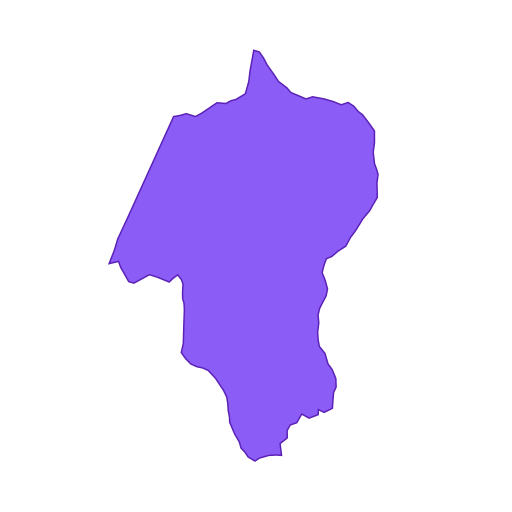 Guaraci, Paraná, Brazil (Albers equal-area conic projection), rotated 295°
{"feature_id": "56859067B97135919226715", "entity_name": "Guaraci", "entity_type": "district", "adm_level": 2, "iso_a3": "BRA", "parent_name": "Brazil", "parent_adm1": "Paraná", "projection": "albers", "projection_center": [-51.689, -22.96], "detail": "fine", "context": "isolated", "style": "filled", "palette": "violet", "viewbox_px": 512, "rotation_deg": 295, "n_neighbors": 0, "source": "geoboundaries", "source_scale": "gbopen_adm2", "svg_char_len": 1682}
<svg xmlns="http://www.w3.org/2000/svg" viewBox="0 0 512 512"><g transform="rotate(295 256 256)"><path d="M187.0,126.1L193.0,133.7L188.3,138.4L182.8,146.2L179.0,151.5L179.8,156.8L194.0,167.3L195.1,175.3L195.7,188.3L200.5,190.2L205.8,193.0L203.2,198.2L199.7,201.7L191.1,205.2L186.5,207.5L182.5,210.9L176.8,213.9L163.1,219.7L146.0,227.1L136.9,229.1L133.1,235.8L130.6,242.5L130.7,249.2L132.0,255.0L132.1,261.0L128.0,271.1L123.7,278.1L120.5,283.4L115.6,289.3L110.0,293.0L104.1,296.2L98.7,300.1L94.2,302.4L85.6,312.0L80.4,319.5L75.6,323.6L73.5,328.9L70.5,333.9L69.7,341.7L74.2,344.4L80.7,351.9L84.2,358.4L86.1,363.4L96.1,357.1L104.4,361.2L110.9,358.0L117.3,358.4L122.1,363.4L132.1,364.2L131.5,372.6L138.5,379.4L143.1,377.4L143.1,383.9L150.3,389.6L156.5,387.2L165.1,384.0L171.0,384.0L178.6,380.2L185.2,373.1L188.7,366.8L196.8,359.7L200.8,351.6L206.7,347.5L213.2,344.0L221.8,341.2L229.0,337.1L235.7,335.8L243.4,336.1L249.6,336.4L256.4,334.7L263.3,328.9L268.8,323.0L275.8,321.6L283.2,320.9L287.8,325.0L295.0,328.2L302.8,333.2L312.8,333.8L319.7,335.3L328.3,336.4L334.8,337.1L345.2,339.9L351.4,340.3L360.3,341.2L373.4,334.7L381.6,332.1L385.8,328.4L389.6,324.5L399.5,318.4L408.7,315.5L419.4,310.5L423.6,303.2L429.1,292.8L430.1,287.7L433.1,281.3L434.1,274.6L429.1,269.4L428.6,260.6L427.2,251.6L424.2,240.0L419.5,235.0L419.2,226.2L418.9,218.4L421.4,213.1L423.7,202.6L428.1,195.5L433.7,185.6L438.8,178.9L442.3,172.8L441.5,167.0L436.1,168.5L421.4,172.3L411.2,175.7L398.5,177.8L389.4,171.6L385.9,167.5L381.5,164.3L378.4,155.9L362.3,146.3L356.8,142.2L355.5,132.6L351.3,127.8L347.5,122.4L237.8,123.5L212.8,123.5L201.7,125.2L187.0,126.1Z" fill="#8b5cf6" stroke="#5b21b6" stroke-width="1.5"/></g></svg>